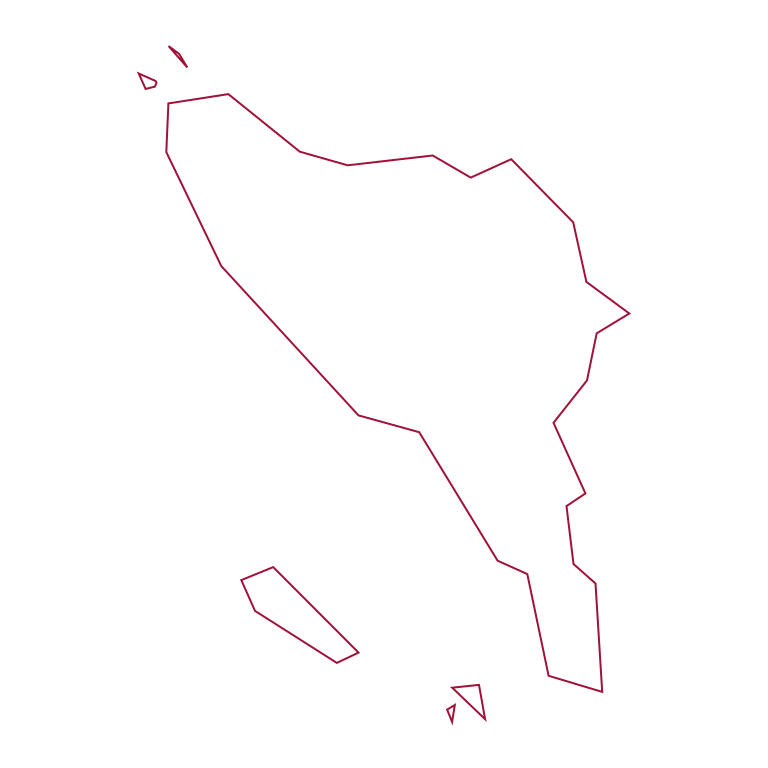 Aceh, Natural Earth projection
{"feature_id": "IDN-1136", "entity_name": "Aceh", "entity_type": "Autonomous Province", "adm_level": 1, "iso_a3": "IDN", "parent_name": "Indonesia", "parent_adm1": "", "projection": "natural_earth1", "projection_center": [96.646, 3.962], "detail": "coarse", "context": "isolated", "style": "outline", "palette": "rose", "viewbox_px": 768, "rotation_deg": 0, "n_neighbors": 0, "source": "natural_earth", "source_scale": "10m", "svg_char_len": 721}
<svg xmlns="http://www.w3.org/2000/svg" viewBox="0 0 768 768"><path d="M602.2,691.9L548.6,675.8L527.3,574.1L497.6,560.7L419.2,432.2L358.5,415.4L221.3,266.1L166.3,152.1L168.4,103.4L228.3,94.1L299.8,151.7L347.6,165.3L432.7,155.5L470.7,177.6L511.2,159.2L573.2,222.3L586.4,281.9L629.3,313.5L596.7,333.3L587.0,380.4L553.5,422.8L585.4,493.4L566.5,506.1L573.5,564.0L595.5,583.5L602.2,691.9ZM358.5,652.6L336.8,662.9L255.0,610.9L241.3,580.1L273.2,567.1L358.5,652.6ZM479.0,684.9L485.1,719.2L452.2,687.7L479.0,684.9ZM179.1,53.9L187.3,67.5L168.6,46.1L179.1,53.9ZM138.7,73.5L155.6,81.0L156.5,82.8L154.8,86.7L145.6,88.9L138.7,73.5ZM454.8,705.0L452.1,721.9L447.1,709.6L454.8,705.0Z" fill="none" stroke="#9f1239" stroke-width="2"/></svg>